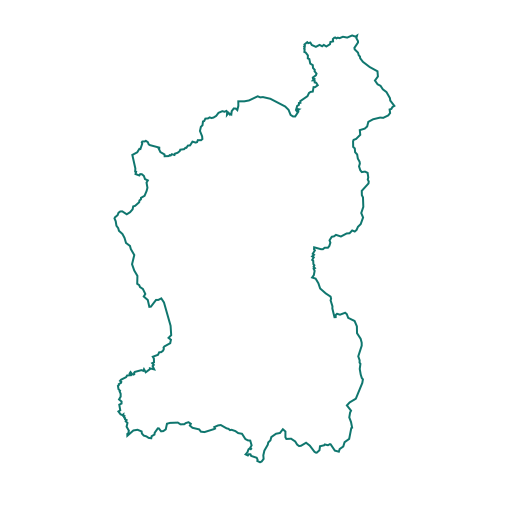 Abrego, Norte de Santander, Colombia, rotated 352°
{"feature_id": "7082276B94860374492565", "entity_name": "Abrego", "entity_type": "district", "adm_level": 2, "iso_a3": "COL", "parent_name": "Colombia", "parent_adm1": "Norte de Santander", "projection": "mercator", "projection_center": [-73.149, 8.029], "detail": "fine", "context": "isolated", "style": "outline", "palette": "teal", "viewbox_px": 512, "rotation_deg": 352, "n_neighbors": 0, "source": "geoboundaries", "source_scale": "gbopen_adm2", "svg_char_len": 6095}
<svg xmlns="http://www.w3.org/2000/svg" viewBox="0 0 512 512"><g transform="rotate(352 256 256)"><path d="M103.6,416.1L110.3,411.7L114.5,411.6L118.3,413.8L118.3,415.9L119.8,418.2L122.4,419.4L124.4,421.2L126.9,421.9L127.6,419.9L130.6,418.7L131.1,416.9L134.8,413.0L135.8,413.2L137.6,416.4L139.8,416.5L142.5,415.1L144.5,409.7L147.6,409.3L155.4,410.1L157.8,412.2L161.6,412.6L163.1,411.7L166.0,411.2L168.1,413.1L166.9,414.7L169.2,417.3L175.6,419.8L177.0,422.3L180.5,423.2L190.1,421.6L191.4,421.2L190.9,419.6L194.9,418.5L197.6,418.5L202.9,422.6L204.7,423.3L206.0,424.8L207.6,424.7L211.2,426.5L213.7,428.9L217.4,430.1L220.0,435.8L222.4,437.5L224.6,438.0L225.3,442.9L223.7,444.9L224.4,446.2L223.9,446.6L222.7,445.8L221.7,446.4L220.1,449.3L218.1,451.0L220.2,452.4L221.3,451.3L222.9,451.6L223.4,453.3L228.6,455.9L229.2,457.9L228.8,459.2L231.3,460.8L233.0,460.3L235.3,458.0L235.5,454.4L237.2,449.9L241.4,444.5L242.2,442.3L244.6,440.6L246.0,437.4L251.1,434.8L255.1,434.6L258.5,431.3L260.7,433.9L259.9,439.6L260.6,441.4L265.3,441.8L269.0,445.1L270.5,448.5L272.2,450.2L274.1,450.2L279.6,447.9L282.9,451.3L286.7,458.1L288.0,459.1L288.8,459.2L291.8,457.2L292.9,453.3L297.2,452.9L297.9,452.2L300.9,453.4L303.0,452.6L303.7,452.9L307.0,459.7L310.8,461.3L312.0,458.8L315.9,456.8L317.8,452.7L322.8,450.1L326.4,439.7L327.3,439.4L327.0,433.7L325.9,428.8L327.4,424.1L328.6,422.4L325.2,416.6L328.4,414.0L335.0,411.2L343.6,396.5L344.7,393.0L343.8,391.6L343.2,388.0L343.0,382.3L344.4,377.3L343.7,376.0L344.1,373.7L343.3,369.6L348.2,359.5L348.6,356.6L348.1,352.5L345.3,346.5L346.1,339.7L344.6,334.1L338.7,330.1L337.8,326.2L336.4,324.6L331.0,325.8L328.2,324.5L326.7,325.5L326.4,327.6L325.2,327.5L324.3,318.6L324.7,316.5L323.7,310.3L324.4,308.8L324.2,306.6L319.8,302.7L315.0,297.1L314.0,291.7L311.9,286.7L308.6,285.1L310.6,283.0L312.0,278.9L311.3,276.7L312.6,276.2L311.5,274.7L312.5,273.3L311.7,272.1L312.0,268.7L311.1,267.7L313.0,265.4L311.6,264.2L313.6,262.9L312.5,261.7L315.1,258.6L314.4,257.4L314.8,255.5L321.3,258.3L323.2,258.6L325.1,257.4L328.4,257.8L330.0,256.3L331.5,253.2L331.0,250.7L333.7,247.5L336.0,247.4L338.1,246.2L342.8,248.5L348.9,246.3L351.8,246.5L354.8,244.1L357.2,245.5L359.2,244.2L361.0,241.3L364.1,239.0L367.4,232.8L366.2,228.1L369.1,222.3L370.1,212.9L369.3,210.5L369.8,206.2L377.5,199.8L378.0,197.9L377.3,195.8L378.1,193.9L378.1,189.2L375.7,187.6L372.4,187.6L371.2,185.6L370.5,181.6L371.7,179.0L371.7,177.1L370.4,173.7L370.3,169.5L368.6,167.0L368.8,163.2L367.4,161.5L368.1,155.9L368.8,154.6L371.4,154.0L376.1,150.5L376.3,145.8L381.4,145.0L384.1,143.2L385.9,138.8L391.0,136.9L398.2,136.2L401.2,136.9L406.5,135.2L408.7,133.1L408.7,129.5L410.5,129.2L411.8,127.5L413.9,126.6L410.6,120.8L410.6,118.3L408.0,111.8L404.8,108.6L403.0,104.8L400.3,102.9L398.2,98.8L401.7,95.2L402.0,90.0L394.9,84.7L388.9,78.6L386.7,74.7L386.7,72.9L385.7,71.6L385.3,68.8L382.5,65.1L382.4,63.6L386.7,58.8L386.9,57.5L385.7,54.2L386.7,51.8L385.0,52.6L381.9,51.0L376.7,52.4L372.6,51.0L369.1,51.9L367.4,51.2L365.9,51.7L365.0,50.7L364.0,50.7L362.3,51.9L362.2,54.2L359.5,54.4L358.7,56.6L354.8,58.3L352.5,56.4L350.7,57.5L348.3,55.8L344.4,57.2L340.6,54.8L339.5,52.2L337.3,52.5L336.5,51.4L333.4,53.3L333.7,54.8L332.8,55.3L333.2,56.7L332.5,57.5L332.9,58.3L332.3,60.7L333.5,61.4L335.3,64.6L334.8,67.5L336.2,68.4L336.5,73.0L338.8,74.9L338.6,77.7L340.1,79.9L339.7,81.2L341.3,83.8L340.5,85.4L337.1,87.2L337.1,88.0L338.3,88.7L336.8,90.0L338.5,90.3L338.3,92.3L339.7,92.8L340.9,95.5L338.0,97.0L336.5,96.8L335.1,101.1L332.9,101.1L331.2,101.9L329.2,104.9L321.4,108.8L321.3,110.5L319.8,110.5L319.5,112.3L317.7,113.1L315.9,117.0L316.5,118.1L317.7,116.3L318.9,116.7L318.2,117.0L318.0,119.0L314.2,123.3L312.1,123.0L309.9,121.1L308.6,115.8L305.7,112.0L292.1,102.3L285.0,99.6L282.3,99.5L279.9,98.1L270.7,101.0L266.1,101.2L260.0,100.4L259.4,104.9L257.8,108.9L256.5,107.2L254.5,106.8L252.1,109.2L251.3,112.2L250.8,111.6L249.9,112.4L248.8,110.4L246.9,112.2L247.5,109.2L246.9,108.2L245.0,108.8L242.8,107.9L238.8,109.0L236.1,111.7L233.2,113.0L231.1,113.2L229.4,112.3L227.6,113.1L225.0,112.9L223.5,115.1L222.2,115.4L221.2,119.1L219.4,120.4L217.9,124.4L219.3,130.0L219.2,132.7L217.7,133.7L214.5,133.2L213.5,135.0L212.1,135.3L209.0,133.9L206.1,137.3L203.9,137.2L202.1,139.2L201.2,139.0L199.7,140.2L195.8,140.2L195.1,141.5L192.7,142.9L189.9,143.4L189.3,144.6L186.8,143.5L185.5,144.6L184.6,144.1L183.5,144.9L179.4,144.5L179.5,142.7L175.8,139.8L174.4,135.5L175.2,135.8L175.3,135.2L166.3,131.4L165.3,130.5L164.7,128.2L162.9,126.6L161.8,127.1L159.4,126.8L158.7,127.5L159.0,128.9L156.4,134.0L155.4,133.7L152.8,136.8L147.6,138.7L148.7,152.6L148.1,155.5L149.0,155.9L148.1,158.1L151.7,160.0L152.7,158.8L154.3,159.1L156.1,161.1L156.8,164.4L159.4,166.1L157.8,168.1L158.0,173.3L156.7,176.4L154.0,180.9L150.2,182.4L149.9,183.9L148.3,184.8L147.8,186.5L143.3,189.5L141.3,189.8L140.3,192.6L137.4,195.1L133.8,196.7L129.8,193.2L127.8,193.0L125.9,194.0L124.6,196.3L121.7,198.1L121.1,199.1L121.9,202.0L122.0,206.6L123.4,209.2L123.8,212.0L126.8,215.6L128.3,219.7L129.1,225.0L132.6,228.5L133.0,231.7L135.6,238.1L132.1,246.9L133.4,253.4L135.8,259.2L134.5,267.0L136.3,268.6L136.8,270.6L139.4,272.9L141.1,278.2L139.2,280.5L142.7,284.5L143.3,291.5L144.9,291.5L150.9,285.6L153.1,285.9L156.3,284.8L158.4,289.2L161.7,313.2L161.0,322.6L158.0,324.9L160.1,327.1L158.9,330.4L152.7,332.8L151.7,333.8L151.8,335.2L150.8,336.8L148.8,338.0L146.7,337.9L145.2,340.2L139.8,341.4L140.6,343.4L140.2,347.1L138.3,347.7L139.6,349.6L138.3,350.6L139.4,354.1L135.3,352.5L135.2,353.3L130.6,355.8L129.3,352.5L128.4,354.0L126.6,353.1L119.9,353.9L119.1,354.6L119.0,356.1L118.2,356.4L117.0,355.8L115.6,353.5L114.5,354.8L115.3,356.6L111.7,356.4L110.5,357.9L105.2,359.7L104.0,360.7L105.1,361.9L104.7,362.8L102.3,363.8L102.1,364.9L101.2,365.4L101.3,368.7L102.6,370.5L102.1,371.1L102.8,373.6L102.4,376.4L100.4,379.0L102.6,381.4L102.3,383.4L99.9,384.2L100.1,389.9L98.1,390.8L99.8,393.9L101.6,395.0L102.6,394.4L102.3,395.9L103.4,396.2L102.9,397.6L103.8,398.3L103.6,399.5L105.0,400.5L104.0,401.6L105.5,403.4L104.1,407.0L105.8,411.3L104.8,413.9L103.8,414.3L103.6,416.1Z" fill="none" stroke="#0f766e" stroke-width="2"/></g></svg>